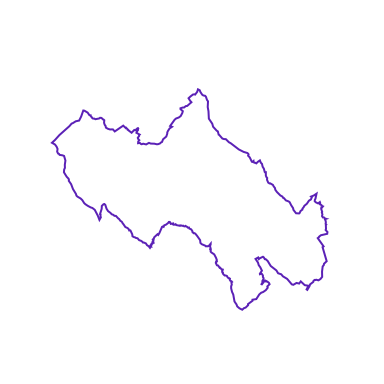 the district of Danicei, Vâlcea, Romania, rotated 105°
{"feature_id": "2599482B8342950914152", "entity_name": "Danicei", "entity_type": "district", "adm_level": 2, "iso_a3": "ROU", "parent_name": "Romania", "parent_adm1": "Vâlcea", "projection": "robinson", "projection_center": [24.445, 44.911], "detail": "fine", "context": "isolated", "style": "outline", "palette": "violet", "viewbox_px": 384, "rotation_deg": 105, "n_neighbors": 0, "source": "geoboundaries", "source_scale": "gbopen_adm2", "svg_char_len": 6038}
<svg xmlns="http://www.w3.org/2000/svg" viewBox="0 0 384 384"><g transform="rotate(105 192 192)"><path d="M180.7,340.0L181.6,336.6L183.3,334.5L185.2,333.0L187.9,332.7L189.5,331.3L189.6,330.4L190.4,329.5L190.1,326.6L190.3,324.9L194.4,322.4L198.6,321.9L201.6,321.0L203.4,321.3L206.1,320.8L209.7,317.0L211.1,314.7L212.2,314.0L213.1,313.9L215.7,310.8L220.0,307.7L223.9,303.6L225.4,302.7L226.1,301.5L227.1,297.9L228.2,295.9L230.6,293.3L231.4,291.8L232.3,289.2L233.1,285.9L233.2,284.1L234.4,281.3L239.2,276.9L242.9,274.2L240.0,273.5L239.0,274.2L237.4,274.5L237.2,275.1L231.6,274.9L228.8,275.5L226.7,274.3L226.3,273.5L226.9,272.4L230.3,270.2L232.2,268.1L233.3,265.3L234.3,263.8L234.4,262.1L235.1,260.8L234.8,259.3L236.7,256.3L236.9,255.5L238.4,253.7L238.7,252.6L239.3,251.6L240.3,250.8L240.6,250.2L243.1,247.3L243.5,244.9L244.3,243.5L245.4,242.7L245.0,241.9L245.1,241.5L248.3,238.8L250.2,238.0L250.6,236.4L250.6,235.0L250.9,234.3L250.8,232.6L252.2,230.6L252.3,228.8L252.9,227.0L253.5,226.4L253.3,225.2L253.6,223.2L255.0,221.7L255.6,219.8L256.9,218.1L256.3,217.9L255.0,218.2L255.1,217.4L254.4,217.8L253.8,217.5L253.8,218.0L252.3,217.7L251.8,217.4L251.6,216.7L250.9,216.9L250.8,216.1L250.0,216.5L249.7,217.2L248.3,216.7L247.9,217.5L246.7,216.8L245.6,216.8L241.7,214.4L242.2,213.5L240.2,212.9L233.4,211.9L232.8,211.2L233.0,210.4L231.4,210.2L230.2,208.6L228.2,207.1L226.9,206.6L226.7,206.0L226.7,205.7L227.4,205.5L227.5,204.8L228.3,204.2L227.3,202.2L228.2,202.0L228.4,201.5L228.1,200.5L227.7,200.1L227.8,199.7L227.4,199.4L228.0,198.5L227.8,195.4L227.5,195.1L227.7,194.7L227.1,194.1L227.2,192.5L226.8,191.8L227.2,190.8L227.1,190.1L226.4,189.4L226.8,188.7L226.9,187.7L227.5,186.8L227.1,185.7L228.0,185.1L228.3,183.1L229.5,181.7L230.8,181.0L230.9,180.4L231.4,179.7L231.1,179.0L231.4,178.0L232.9,175.9L236.4,171.7L239.0,170.7L239.9,169.1L240.4,165.4L240.9,164.4L240.4,163.5L240.4,162.6L239.7,161.8L237.1,160.6L238.0,160.4L239.5,160.7L240.9,159.8L242.6,159.6L242.5,159.0L244.7,158.6L245.3,157.8L246.5,154.4L249.3,151.8L251.3,150.4L252.1,150.5L252.5,150.0L253.3,150.3L253.4,150.7L254.3,150.7L256.3,149.0L256.3,147.7L258.1,145.6L257.8,145.2L259.1,143.4L259.1,142.7L258.5,141.6L259.8,142.5L260.7,142.4L261.8,141.9L261.8,141.3L262.7,141.0L263.3,140.5L264.2,138.8L263.9,137.9L264.1,136.5L265.3,135.4L265.7,134.4L265.6,133.7L265.9,132.9L266.9,132.9L267.8,132.0L268.0,130.7L268.5,130.0L269.2,130.5L271.2,129.6L272.8,129.8L274.8,129.3L278.1,127.5L280.4,125.6L286.8,122.6L289.1,119.9L290.8,118.7L292.1,116.0L292.7,113.0L290.7,111.7L289.8,110.3L286.8,108.5L285.8,108.9L281.4,105.4L280.4,105.7L278.8,102.2L273.5,100.5L271.4,99.1L270.2,97.4L267.7,95.3L264.9,94.1L263.7,94.8L261.0,93.2L260.0,94.0L259.4,95.1L258.8,97.0L259.1,97.2L258.7,98.0L259.2,98.2L258.8,99.3L259.7,99.1L263.1,100.6L263.0,101.0L261.2,100.5L259.8,101.0L257.4,100.4L256.6,100.6L255.8,101.5L254.3,101.9L253.1,103.2L252.9,103.9L253.8,105.1L253.4,105.3L249.9,104.1L247.0,106.6L245.4,108.6L243.1,110.0L240.2,113.3L238.1,111.1L239.5,110.1L238.4,109.3L236.2,106.7L236.6,105.7L238.0,104.3L237.8,103.5L239.0,101.1L243.1,96.8L245.9,90.2L248.2,87.8L248.4,84.5L249.9,82.4L251.3,77.6L255.4,71.7L255.4,70.1L252.8,67.5L252.7,64.8L250.2,63.8L252.8,59.0L252.4,55.2L256.4,56.1L256.7,55.3L252.8,54.2L250.6,54.0L247.5,51.6L246.3,51.6L245.2,50.8L245.1,50.0L244.6,49.4L244.6,47.0L242.8,45.4L240.3,44.3L235.2,45.8L230.1,46.5L228.5,45.8L227.1,45.9L224.0,44.0L211.5,51.6L210.5,50.8L204.0,58.6L202.8,57.7L202.3,57.7L200.4,56.3L197.4,50.6L195.6,50.8L194.1,53.1L193.0,53.0L189.2,54.2L188.7,53.9L188.1,54.7L186.5,54.9L184.5,55.9L184.2,56.5L183.8,56.5L183.2,55.6L183.2,56.5L182.4,58.1L182.7,59.0L181.6,60.2L180.0,60.2L178.1,61.3L177.5,61.1L174.8,62.9L173.9,63.0L174.0,62.7L172.0,61.8L171.9,62.6L171.1,63.6L170.8,65.1L169.3,65.4L168.6,65.9L170.4,67.2L169.9,69.8L169.1,71.1L167.7,71.3L166.5,71.0L161.4,71.3L163.8,73.4L165.6,75.8L166.1,74.9L168.4,75.2L170.1,76.8L173.6,78.0L176.3,79.9L177.7,80.2L179.5,81.0L180.4,80.8L182.2,82.2L184.7,82.7L185.0,83.0L185.6,86.0L183.0,89.4L181.4,90.2L179.1,92.8L176.6,95.0L176.1,96.2L175.8,99.2L174.1,101.6L174.1,102.4L173.0,103.5L172.5,105.7L170.0,110.0L168.3,112.1L166.7,112.9L165.4,114.6L164.2,115.7L163.4,118.7L163.7,119.3L163.2,120.8L160.8,122.7L159.0,123.0L158.3,124.0L157.1,124.9L153.8,125.8L154.1,126.6L153.9,126.9L150.9,128.6L149.3,130.3L146.7,131.7L145.9,133.1L143.9,134.6L145.8,136.2L147.7,137.3L147.4,138.6L147.6,139.4L146.9,140.3L146.2,140.6L147.3,141.3L147.3,142.0L143.6,145.2L142.4,147.2L141.0,147.1L140.5,147.6L140.0,148.7L139.9,152.5L138.8,157.7L134.8,167.4L134.4,169.2L132.2,173.0L132.6,174.8L132.5,176.5L129.8,180.5L129.7,181.1L126.8,182.7L126.4,184.0L123.5,188.5L120.8,190.1L116.8,194.7L109.7,197.0L105.9,198.8L100.3,200.0L99.1,201.4L96.4,203.2L95.7,204.2L95.8,206.1L95.4,207.3L93.2,209.8L91.7,210.9L91.3,212.8L93.9,212.9L97.1,214.2L97.0,214.9L97.6,216.3L100.1,218.2L102.3,219.6L104.3,217.5L105.4,215.8L110.1,218.9L110.7,220.3L112.4,221.5L112.8,222.8L114.1,224.8L114.9,224.6L116.3,221.8L118.2,221.8L121.6,222.6L123.5,224.1L125.1,226.4L126.7,227.5L133.9,230.2L134.2,228.2L136.4,230.1L139.5,231.1L140.9,231.3L142.0,231.0L145.1,231.2L148.6,233.6L151.4,233.9L152.2,234.8L153.3,235.4L154.5,237.0L155.0,238.3L155.1,241.0L155.9,244.3L155.7,246.3L157.9,248.6L158.0,251.7L158.9,253.0L158.8,253.8L158.1,255.1L158.8,256.7L157.1,257.0L155.6,256.3L154.6,257.8L153.7,258.4L151.6,257.6L150.8,257.8L150.1,257.4L149.2,261.0L147.3,260.7L146.3,260.2L145.6,260.4L144.7,260.3L144.3,260.7L144.5,261.1L147.1,262.8L147.0,263.8L150.4,265.7L148.6,270.0L148.4,269.9L147.0,272.3L147.4,272.5L145.7,275.6L153.5,282.3L152.0,284.6L152.8,287.4L152.7,289.7L152.1,291.8L150.4,292.7L149.9,293.5L148.7,294.4L147.7,294.9L145.4,295.3L144.9,296.2L144.9,297.0L144.3,297.7L143.9,298.8L144.1,300.0L145.0,300.7L146.7,304.2L146.4,305.4L146.7,306.7L146.4,307.5L145.8,308.0L145.3,309.0L144.8,309.6L144.2,309.7L144.3,311.0L142.3,313.4L141.3,317.0L141.4,318.1L147.8,318.6L152.2,319.5L153.8,322.6L156.3,324.9L157.1,326.0L160.2,327.5L171.3,334.8L177.2,337.8L180.7,340.0Z" fill="none" stroke="#5b21b6" stroke-width="2"/></g></svg>